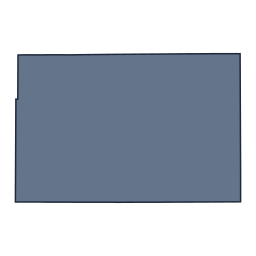 the district of Beaver, Oklahoma, United States of America
{"feature_id": "52423323B54206730940034", "entity_name": "Beaver", "entity_type": "district", "adm_level": 2, "iso_a3": "USA", "parent_name": "United States of America", "parent_adm1": "Oklahoma", "projection": "albers", "projection_center": [-100.56, 36.751], "detail": "fine", "context": "isolated", "style": "filled", "palette": "slate", "viewbox_px": 256, "rotation_deg": 0, "n_neighbors": 0, "source": "geoboundaries", "source_scale": "gbopen_adm2", "svg_char_len": 833}
<svg xmlns="http://www.w3.org/2000/svg" viewBox="0 0 256 256"><path d="M240.1,53.7L239.3,53.7L219.6,53.7L213.4,53.7L196.5,53.8L195.4,53.8L195.0,53.8L193.2,53.8L110.8,54.4L110.5,54.4L101.4,54.5L92.4,54.6L91.5,54.6L81.6,54.7L67.7,54.9L62.4,54.8L60.4,54.8L50.8,54.8L48.9,54.8L39.2,54.9L30.7,54.9L27.7,54.8L18.0,55.0L17.8,99.1L15.9,99.1L15.4,202.0L19.6,202.0L23.8,202.0L31.9,202.0L32.0,202.0L37.8,202.0L39.8,202.0L46.2,202.1L50.4,202.1L51.2,202.1L61.0,202.1L69.8,202.1L73.6,202.2L85.6,202.2L87.8,202.2L101.1,202.2L103.2,202.2L104.5,202.2L112.1,202.2L115.6,202.2L115.6,202.3L115.8,202.3L115.8,202.2L117.7,202.3L137.0,202.2L138.7,202.2L141.7,202.2L143.5,202.2L151.8,202.2L158.1,202.2L162.3,202.2L164.7,202.1L167.8,202.1L198.6,202.0L220.2,201.9L240.6,201.8L240.6,174.2L240.1,53.7Z" fill="#64748b" stroke="#1e293b" stroke-width="1.5"/></svg>